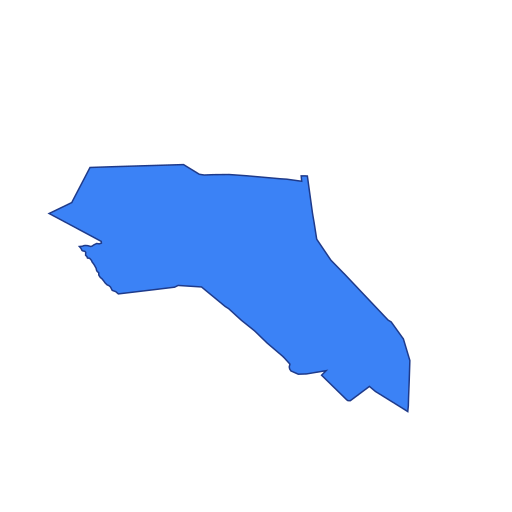 the district of San Miguel el Grande, Oaxaca, Mexico, rotated 296°
{"feature_id": "50627088B76422915094353", "entity_name": "San Miguel el Grande", "entity_type": "district", "adm_level": 2, "iso_a3": "MEX", "parent_name": "Mexico", "parent_adm1": "Oaxaca", "projection": "orthographic", "projection_center": [-97.629, 17.075], "detail": "fine", "context": "isolated", "style": "filled", "palette": "blue", "viewbox_px": 512, "rotation_deg": 296, "n_neighbors": 0, "source": "geoboundaries", "source_scale": "gbopen_adm2", "svg_char_len": 1501}
<svg xmlns="http://www.w3.org/2000/svg" viewBox="0 0 512 512"><g transform="rotate(296 256 256)"><path d="M177.1,325.4L173.7,333.9L170.9,334.5L169.2,335.8L168.0,337.8L168.3,345.8L172.1,353.0L183.7,369.3L177.6,367.2L166.5,400.6L166.3,402.1L167.3,404.2L188.5,415.1L186.6,422.7L183.7,451.3L182.7,460.6L188.1,458.6L195.6,455.2L211.7,448.1L222.4,443.3L229.5,440.1L246.1,424.8L247.2,422.7L256.0,406.4L256.3,402.8L271.4,362.5L272.4,359.9L278.7,343.1L278.8,342.8L278.8,342.7L281.3,335.7L285.1,325.1L297.7,303.2L311.6,293.5L316.3,290.1L319.4,287.9L350.4,267.1L349.4,264.7L347.8,261.5L343.2,264.3L338.5,249.9L336.3,244.6L324.0,212.4L317.4,196.0L310.4,182.0L306.1,174.0L304.6,169.2L306.4,150.8L274.4,89.9L262.8,68.0L251.0,67.7L225.3,67.0L223.3,67.0L203.5,51.4L201.3,110.5L199.8,111.4L198.2,109.8L197.4,107.3L196.2,106.4L194.8,105.3L193.1,104.4L192.1,103.3L191.5,100.1L190.6,97.9L189.9,96.8L188.7,95.7L187.9,94.4L187.1,93.1L186.1,95.4L184.7,97.2L184.7,98.4L185.2,100.1L184.7,101.3L182.0,102.5L181.3,104.4L180.3,105.4L181.0,107.5L179.8,110.3L178.9,111.1L178.3,112.3L177.3,114.2L176.2,115.8L174.7,117.9L173.6,118.6L172.5,120.0L172.0,122.0L170.0,123.0L169.0,124.5L168.4,125.7L168.0,127.5L166.6,130.5L165.7,132.1L164.8,134.8L164.9,136.8L164.4,138.7L162.1,141.8L162.2,143.0L162.5,145.5L161.6,148.9L181.1,179.2L192.3,196.5L195.4,198.9L204.3,220.6L197.1,250.5L196.7,254.5L193.6,264.9L191.8,271.1L188.1,287.5L182.6,304.3L177.3,325.0L177.1,325.1L177.1,325.4Z" fill="#3b82f6" stroke="#1e3a8a" stroke-width="1.5"/></g></svg>